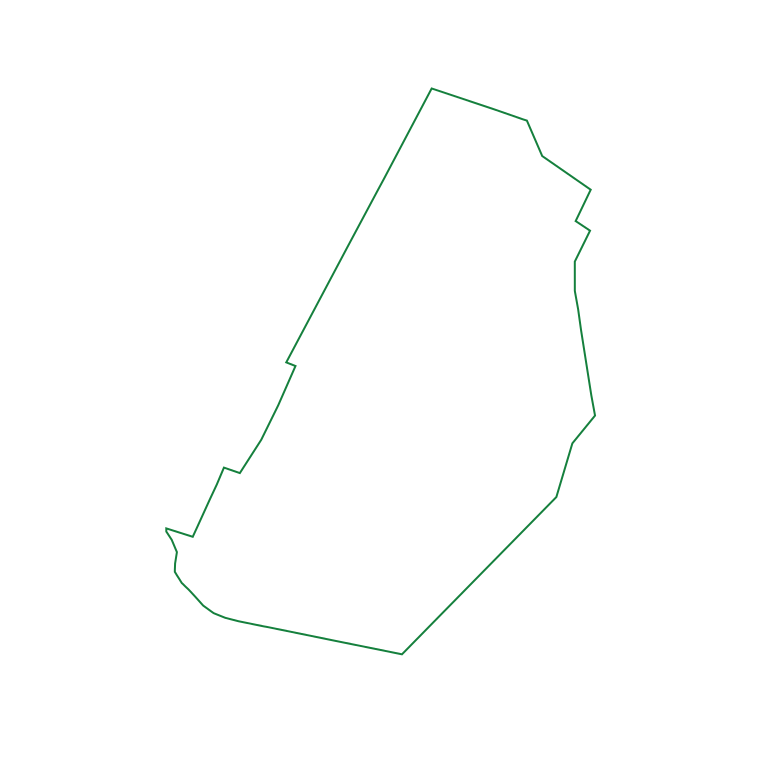 Lanús, Ciudad de Buenos Aires, Argentina (Equal Earth projection), rotated 249°
{"feature_id": "61730980B82567739160952", "entity_name": "Lanús", "entity_type": "district", "adm_level": 2, "iso_a3": "ARG", "parent_name": "Argentina", "parent_adm1": "Ciudad de Buenos Aires", "projection": "equal_earth", "projection_center": [-58.404, -34.702], "detail": "fine", "context": "isolated", "style": "outline", "palette": "green", "viewbox_px": 768, "rotation_deg": 249, "n_neighbors": 0, "source": "geoboundaries", "source_scale": "gbopen_adm2", "svg_char_len": 1066}
<svg xmlns="http://www.w3.org/2000/svg" viewBox="0 0 768 768"><g transform="rotate(249 384 384)"><path d="M125.2,303.9L143.8,344.6L165.2,391.5L216.7,504.4L261.1,538.6L278.9,569.7L299.2,573.5L363.8,587.3L384.1,592.0L402.5,595.5L429.9,606.0L453.3,631.3L467.4,621.3L491.3,646.6L540.1,613.4L578.7,611.8L581.5,608.3L601.0,585.2L642.8,534.4L575.5,457.4L567.6,448.2L523.7,397.5L439.2,300.5L432.5,307.8L402.0,277.6L375.9,249.4L352.5,217.5L363.3,204.6L350.1,191.9L340.0,181.4L335.7,177.0L317.5,158.5L309.9,150.7L327.2,129.0L324.3,127.9L324.1,127.9L323.7,128.0L322.4,128.3L314.5,130.0L314.4,130.0L313.9,130.0L304.5,130.3L301.9,130.4L301.3,130.4L300.9,130.2L300.2,129.8L291.2,124.6L290.0,124.1L285.6,122.2L283.6,121.4L281.5,121.8L279.7,122.1L274.9,123.1L273.2,123.4L270.6,123.9L269.5,124.5L266.1,126.0L262.2,127.9L253.2,131.5L243.2,135.3L241.9,135.8L239.0,137.7L233.9,141.0L231.2,142.8L231.0,143.0L230.8,143.2L230.7,143.3L229.1,145.0L222.6,152.0L214.7,163.1L200.8,184.9L199.5,187.1L161.4,246.9L150.8,263.6L125.2,303.9Z" fill="none" stroke="#15803d" stroke-width="2"/></g></svg>